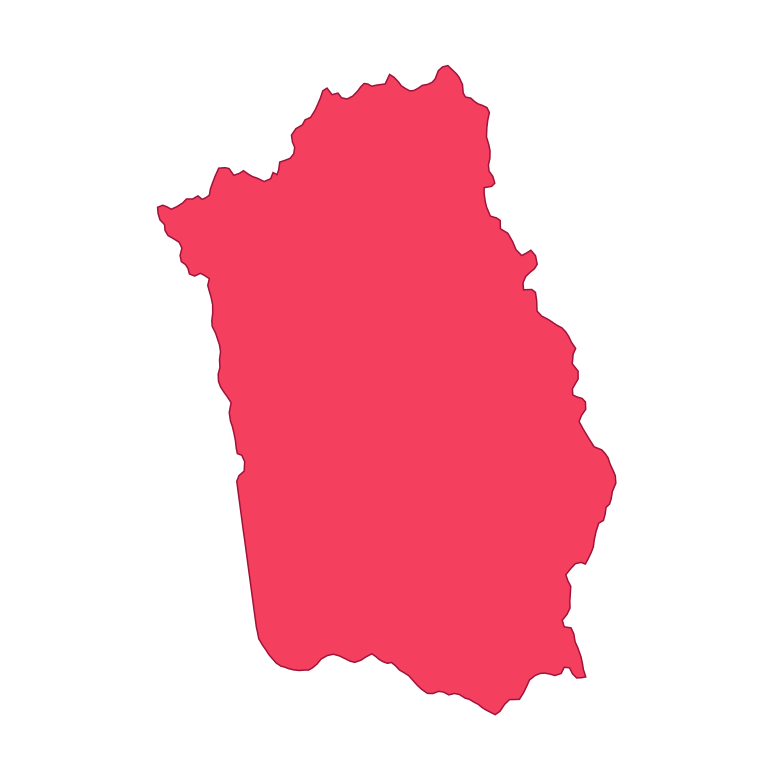 outline of Ibipitanga, Bahia, Brazil, rotated 184°
{"feature_id": "56859067B29020946522479", "entity_name": "Ibipitanga", "entity_type": "district", "adm_level": 2, "iso_a3": "BRA", "parent_name": "Brazil", "parent_adm1": "Bahia", "projection": "equal_earth", "projection_center": [-42.363, -12.868], "detail": "fine", "context": "isolated", "style": "filled", "palette": "rose", "viewbox_px": 768, "rotation_deg": 184, "n_neighbors": 0, "source": "geoboundaries", "source_scale": "gbopen_adm2", "svg_char_len": 3876}
<svg xmlns="http://www.w3.org/2000/svg" viewBox="0 0 768 768"><g transform="rotate(184 384 384)"><path d="M185.3,383.4L191.1,384.7L194.9,386.3L195.7,392.3L193.6,396.7L190.7,402.6L191.3,410.4L197.6,417.3L197.4,427.0L195.3,432.8L199.9,438.7L203.1,444.3L206.2,448.5L210.4,452.4L216.1,454.9L223.6,459.3L227.3,461.0L231.4,462.7L236.4,467.4L237.5,477.7L239.3,486.0L243.2,488.6L247.0,488.2L251.3,487.7L252.4,494.6L250.1,501.2L246.0,505.7L242.0,509.4L239.5,514.1L241.8,522.5L246.8,527.7L251.4,524.3L255.7,521.8L261.7,527.2L265.6,535.0L271.0,543.0L278.7,547.0L279.5,555.3L283.3,557.5L289.6,558.9L294.1,567.8L295.8,573.4L297.4,581.1L297.8,586.8L290.4,588.7L287.5,592.0L289.9,598.7L294.1,603.7L295.1,609.8L294.1,616.5L294.5,624.0L296.1,629.9L299.0,637.6L299.3,647.0L298.9,654.6L297.8,662.1L300.6,666.9L305.3,668.8L310.0,670.1L313.5,672.2L317.3,675.2L322.8,676.0L325.3,679.9L326.6,688.2L330.3,694.9L333.2,698.3L337.7,702.1L342.5,706.1L347.7,704.4L351.6,700.5L354.3,691.8L357.2,688.2L361.2,686.0L366.6,684.6L371.0,681.1L374.8,678.8L378.6,678.2L383.1,680.2L387.6,682.7L390.6,686.3L395.4,690.7L400.0,693.2L403.8,683.4L411.6,681.8L417.1,680.2L421.0,682.1L424.8,682.4L428.1,678.6L430.6,674.6L435.3,669.0L440.6,665.8L446.3,666.5L450.2,671.0L456.0,669.0L461.5,675.2L465.5,672.2L467.4,664.8L469.6,658.4L471.9,652.3L475.8,644.9L481.2,642.0L483.5,636.8L489.7,632.6L493.7,625.7L492.2,619.0L489.6,613.8L490.1,607.4L493.4,602.6L498.2,600.3L503.5,598.1L504.0,590.3L505.4,585.4L509.4,587.2L511.4,580.9L517.7,577.6L524.6,580.4L529.8,581.8L533.5,583.6L539.1,587.0L542.6,584.2L548.4,581.7L553.6,588.1L557.5,588.7L563.9,587.8L566.8,580.0L569.1,572.6L570.8,566.4L571.4,560.2L574.6,557.5L578.3,555.5L582.7,558.7L587.8,555.2L593.9,554.8L597.4,550.6L603.1,546.4L608.4,543.5L612.9,545.6L617.2,546.9L622.2,544.5L621.2,538.1L618.9,532.1L614.1,527.7L613.1,521.8L609.8,517.0L604.4,514.4L598.2,511.1L595.1,505.5L596.4,498.0L594.7,491.9L590.3,489.3L587.5,485.4L585.8,480.2L580.4,478.5L574.9,481.6L570.9,479.9L565.6,476.9L566.7,470.1L564.7,464.3L562.7,459.0L560.5,451.2L559.8,442.8L560.2,435.1L559.4,429.5L555.5,422.9L552.8,416.3L550.9,411.7L549.3,404.8L549.8,396.6L548.8,389.2L550.1,382.2L549.3,375.1L546.8,369.6L542.6,364.1L539.8,360.8L535.2,354.7L536.4,344.7L534.6,336.4L532.4,331.3L530.4,325.0L528.3,317.4L526.9,309.6L525.4,304.3L520.9,303.0L517.6,296.9L517.4,287.4L522.2,282.6L524.1,276.7L521.6,264.3L517.0,242.0L514.1,227.8L512.7,221.4L494.3,132.3L492.8,127.4L491.2,121.2L487.0,115.1L483.2,110.4L480.2,106.3L476.6,102.6L472.0,98.1L467.0,95.3L463.1,94.6L459.3,93.4L454.0,92.5L448.4,92.3L443.2,93.1L439.1,93.4L435.5,95.9L431.4,99.8L427.5,105.3L421.5,109.2L415.7,110.9L409.7,109.7L402.9,107.0L398.3,105.1L393.8,104.3L387.8,106.8L383.1,110.4L377.3,114.0L373.1,111.5L369.8,109.0L365.9,107.0L361.1,105.6L357.2,106.7L352.8,103.7L348.7,99.8L343.7,97.3L339.0,94.8L334.2,90.1L329.9,85.9L325.4,82.2L319.1,78.4L313.7,78.6L308.0,81.2L303.4,80.9L297.6,78.4L292.2,80.2L287.1,79.5L281.2,76.3L276.9,75.4L271.8,72.8L267.8,71.1L263.6,68.1L259.9,66.1L255.4,64.2L250.0,61.9L245.5,65.6L241.3,72.9L236.8,77.9L231.2,78.4L226.9,78.9L223.2,85.9L220.7,92.1L218.2,98.9L213.0,103.7L208.0,106.2L203.3,106.8L198.1,106.2L193.1,105.1L187.1,107.6L184.4,114.0L179.1,113.8L175.8,108.1L171.3,104.2L166.3,104.8L162.3,105.9L165.2,113.1L166.4,118.4L168.4,125.5L172.2,134.2L175.4,140.2L177.2,147.9L180.4,153.8L187.3,154.3L189.7,160.8L185.3,167.1L182.8,173.5L183.5,180.2L183.5,188.8L183.6,195.2L186.9,200.6L189.3,206.4L184.9,212.8L180.6,218.1L174.9,219.8L170.6,218.4L168.2,223.7L165.5,230.5L163.8,236.2L163.4,242.9L162.2,251.5L160.1,260.1L155.6,263.2L154.3,269.6L153.9,276.3L150.6,280.1L149.4,285.1L148.7,292.7L145.8,301.2L146.9,308.7L149.6,314.0L152.9,320.0L155.4,326.1L158.7,330.2L162.2,333.5L170.0,336.0L175.6,343.6L182.0,352.7L186.8,360.2L184.7,366.7L181.0,372.8L181.8,380.1L185.3,383.4Z" fill="#f43f5e" stroke="#9f1239" stroke-width="1.5"/></g></svg>